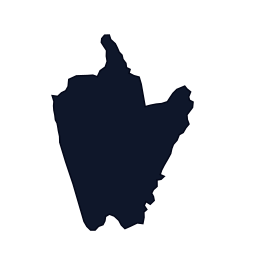 outline of Sério, Rio Grande do Sul, Brazil, rotated 252°
{"feature_id": "56859067B15615796169144", "entity_name": "Sério", "entity_type": "district", "adm_level": 2, "iso_a3": "BRA", "parent_name": "Brazil", "parent_adm1": "Rio Grande do Sul", "projection": "mercator", "projection_center": [-52.238, -29.405], "detail": "fine", "context": "isolated", "style": "filled", "palette": "ink", "viewbox_px": 256, "rotation_deg": 252, "n_neighbors": 0, "source": "geoboundaries", "source_scale": "gbopen_adm2", "svg_char_len": 1384}
<svg xmlns="http://www.w3.org/2000/svg" viewBox="0 0 256 256"><g transform="rotate(252 128 128)"><path d="M32.5,112.6L38.0,115.6L43.2,117.1L44.7,120.7L49.2,119.4L52.5,122.4L48.6,125.6L51.0,130.5L55.0,131.0L58.7,130.3L61.5,133.1L63.5,137.6L69.6,139.5L69.0,143.6L70.8,147.5L73.8,144.2L77.6,147.0L81.4,150.8L86.6,156.6L90.5,160.7L94.8,163.2L98.4,166.1L101.3,170.9L105.8,174.6L106.7,179.1L110.3,183.1L112.9,187.2L117.7,187.0L122.3,188.1L127.6,195.7L132.6,197.9L135.4,195.1L138.9,195.3L143.0,198.7L147.0,196.1L150.3,194.9L149.9,190.4L149.6,186.4L147.1,181.5L143.9,177.4L140.8,173.6L140.8,167.6L142.0,162.2L142.7,156.4L143.0,150.9L165.7,154.1L173.0,154.3L176.0,149.7L179.9,145.9L183.1,148.1L185.9,145.2L190.2,146.0L194.9,144.4L199.2,144.8L202.9,143.0L207.5,142.6L212.1,141.9L217.4,138.9L222.2,138.9L223.5,134.4L221.2,130.7L217.7,129.1L213.0,130.3L208.4,131.6L203.0,129.6L197.8,128.8L193.0,125.2L191.1,119.2L186.2,114.7L189.1,110.9L190.4,105.7L192.0,100.2L193.5,95.0L192.5,86.7L186.0,83.9L182.7,80.3L182.0,75.6L179.8,70.9L182.2,65.9L176.1,65.8L172.1,64.1L167.6,63.0L163.1,62.5L158.1,61.5L154.6,62.1L151.2,61.7L146.9,61.0L141.2,60.4L135.4,58.7L115.4,58.3L91.8,58.5L52.7,57.3L47.1,58.5L42.5,60.9L41.1,65.2L43.6,69.6L43.8,74.3L46.8,77.3L50.8,79.3L51.8,83.7L48.4,87.8L43.0,90.8L37.8,91.7L33.3,94.0L33.9,100.0L34.9,107.5L32.5,112.6Z" fill="#0f172a" stroke="#020617" stroke-width="1.5"/></g></svg>